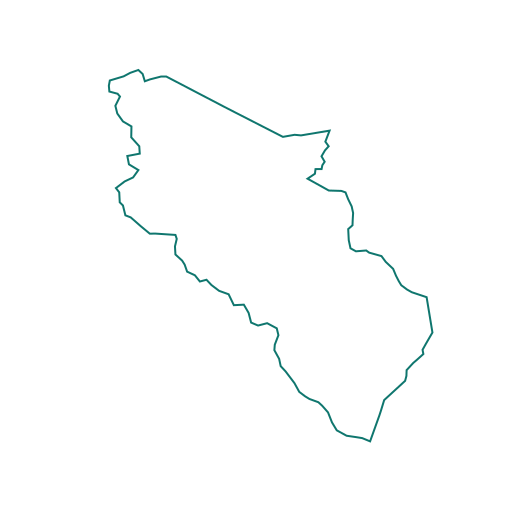 Itapetim, Pernambuco, Brazil, rotated 197°
{"feature_id": "56859067B43341835432659", "entity_name": "Itapetim", "entity_type": "district", "adm_level": 2, "iso_a3": "BRA", "parent_name": "Brazil", "parent_adm1": "Pernambuco", "projection": "orthographic", "projection_center": [-37.138, -7.385], "detail": "fine", "context": "isolated", "style": "outline", "palette": "teal", "viewbox_px": 512, "rotation_deg": 197, "n_neighbors": 0, "source": "geoboundaries", "source_scale": "gbopen_adm2", "svg_char_len": 1663}
<svg xmlns="http://www.w3.org/2000/svg" viewBox="0 0 512 512"><g transform="rotate(197 256 256)"><path d="M194.0,154.3L182.1,145.7L174.9,138.7L168.1,136.2L163.1,134.9L153.6,134.4L149.0,132.2L141.4,127.5L134.7,119.1L127.8,112.9L116.8,110.6L107.0,112.1L101.2,112.9L92.7,112.1L91.4,139.7L91.3,144.6L91.3,155.7L76.9,180.2L77.1,185.3L78.6,190.9L74.3,199.8L71.8,203.7L67.3,211.2L69.3,215.0L67.9,221.5L64.9,234.4L80.8,266.5L96.4,266.9L101.8,268.1L108.5,270.5L112.1,273.7L116.3,278.0L121.1,283.8L130.2,288.3L136.0,292.6L148.8,292.3L152.2,293.5L161.8,289.7L167.9,291.0L171.9,298.2L175.7,308.7L172.7,313.6L174.1,318.9L175.7,325.5L179.0,331.4L184.5,337.3L189.0,343.0L193.4,343.2L205.5,339.9L229.3,345.0L223.7,351.9L224.5,356.5L218.7,358.3L219.1,362.2L217.9,366.2L222.5,370.5L220.9,377.2L218.6,382.2L223.1,385.6L222.3,397.4L248.2,384.5L254.5,383.2L265.1,377.8L317.3,387.1L330.1,389.4L394.3,401.4L399.2,399.9L409.0,393.9L413.4,390.6L417.6,396.9L422.9,399.5L429.8,394.4L435.1,389.1L447.1,381.1L446.5,375.8L444.3,370.4L435.8,370.7L432.7,368.7L434.4,358.5L430.3,351.7L422.6,345.8L413.0,343.5L410.0,333.0L399.7,326.8L397.1,319.9L408.3,314.0L404.3,306.5L398.8,305.1L393.6,303.8L396.5,295.2L403.4,288.9L409.8,280.0L405.4,276.9L402.0,267.5L398.0,265.4L392.8,256.7L387.1,256.3L374.9,250.8L364.1,246.3L358.8,248.0L339.2,252.6L336.8,249.2L336.3,241.5L333.5,233.9L325.3,230.0L321.7,226.9L317.3,220.9L308.8,219.7L302.2,215.2L296.4,218.8L290.1,215.2L281.1,211.9L271.0,211.4L262.8,202.5L253.4,205.9L246.4,199.4L241.2,190.9L233.7,190.1L225.7,195.0L215.0,192.9L211.4,186.8L212.1,176.7L210.9,171.3L203.8,164.4L200.2,157.9L194.0,154.3Z" fill="none" stroke="#0f766e" stroke-width="2"/></g></svg>